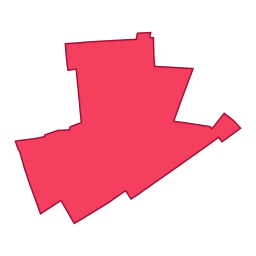 the district of Florica, Buzau, Romania
{"feature_id": "2599482B16084496904113", "entity_name": "Florica", "entity_type": "district", "adm_level": 2, "iso_a3": "ROU", "parent_name": "Romania", "parent_adm1": "Buzau", "projection": "orthographic", "projection_center": [26.758, 44.911], "detail": "fine", "context": "isolated", "style": "filled", "palette": "rose", "viewbox_px": 256, "rotation_deg": 0, "n_neighbors": 0, "source": "geoboundaries", "source_scale": "gbopen_adm2", "svg_char_len": 2053}
<svg xmlns="http://www.w3.org/2000/svg" viewBox="0 0 256 256"><path d="M135.7,196.1L143.7,190.4L145.8,188.9L161.3,178.0L161.5,177.9L181.3,164.0L186.4,160.4L207.9,145.1L218.6,137.4L220.2,139.6L220.4,139.8L221.1,140.6L222.0,141.8L240.6,128.2L233.3,120.4L226.6,115.1L225.1,114.0L224.2,113.3L223.6,114.1L223.0,114.8L221.9,116.2L220.9,117.5L219.8,118.9L217.0,122.4L215.2,124.7L214.1,126.1L213.6,126.7L212.2,128.1L211.5,128.8L210.7,127.5L210.6,127.2L210.2,126.8L209.8,126.6L207.5,126.2L206.8,126.1L205.8,125.9L204.0,125.7L196.3,124.5L196.2,124.5L185.9,122.9L176.8,121.7L173.7,121.3L173.7,121.2L182.1,97.8L186.7,85.6L186.8,85.4L187.3,84.0L190.6,75.0L190.8,74.9L193.0,68.6L190.9,68.5L190.4,68.5L189.5,68.4L186.3,68.2L154.7,66.4L153.9,57.6L153.5,40.2L153.4,38.1L153.4,37.7L149.7,37.5L150.2,35.2L150.7,32.6L137.5,33.2L137.2,34.4L136.2,39.4L134.9,39.4L114.1,40.5L95.9,41.5L94.7,41.6L93.3,41.7L85.5,42.2L84.0,42.3L80.9,42.7L72.5,43.2L71.9,43.3L70.1,43.4L68.4,43.6L65.3,43.7L66.3,56.4L66.3,56.5L67.1,63.7L67.1,64.0L68.0,70.3L76.2,69.1L76.6,73.8L77.3,80.7L77.8,85.9L77.9,86.4L78.2,89.4L78.5,92.9L79.2,99.7L79.6,104.4L80.1,110.1L80.6,115.3L81.3,122.4L81.4,122.6L77.5,124.0L74.2,125.3L72.3,126.0L70.1,126.9L69.5,129.8L61.5,130.3L57.9,130.4L44.9,134.9L44.9,136.6L41.8,137.2L41.3,137.3L37.8,138.0L33.8,138.8L31.5,139.0L26.6,139.7L22.2,140.2L19.3,140.6L17.7,140.8L16.5,141.0L16.2,141.0L15.4,141.1L15.4,141.4L15.7,142.3L16.1,143.2L16.3,144.0L16.5,144.4L16.5,144.6L16.9,145.7L17.4,147.1L17.9,148.6L18.6,149.9L19.7,151.5L21.5,157.9L23.3,164.1L23.8,166.1L26.6,174.8L27.4,177.1L29.2,182.6L34.2,196.1L40.5,213.7L40.5,213.8L41.2,213.4L41.8,212.9L42.9,212.2L44.4,211.3L46.2,210.1L48.1,208.8L49.5,208.0L53.1,205.6L53.9,205.1L55.5,204.0L61.0,200.5L66.3,209.7L66.5,210.0L67.0,210.8L67.8,212.2L69.7,215.6L71.4,218.6L73.4,222.0L74.2,223.4L75.2,222.8L83.8,217.9L85.4,216.8L86.7,216.0L88.9,214.7L91.8,212.9L108.4,202.7L113.8,198.9L118.6,195.5L125.6,190.7L130.3,197.9L130.9,198.8L131.0,199.0L134.2,196.9L135.6,196.0L135.7,196.1Z" fill="#f43f5e" stroke="#9f1239" stroke-width="1.5"/></svg>